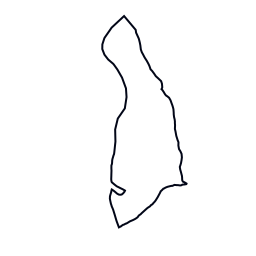 the district of Massacre, Anse-la-Raye, Saint Lucia, rotated 224°
{"feature_id": "8701671B60259256363554", "entity_name": "Massacre", "entity_type": "district", "adm_level": 2, "iso_a3": "LCA", "parent_name": "Saint Lucia", "parent_adm1": "Anse-la-Raye", "projection": "albers", "projection_center": [-61.037, 13.949], "detail": "fine", "context": "isolated", "style": "outline", "palette": "ink", "viewbox_px": 256, "rotation_deg": 224, "n_neighbors": 0, "source": "geoboundaries", "source_scale": "gbopen_adm2", "svg_char_len": 2721}
<svg xmlns="http://www.w3.org/2000/svg" viewBox="0 0 256 256"><g transform="rotate(224 128 128)"><path d="M208.6,205.8L209.5,188.8L209.1,186.5L207.6,177.1L207.4,176.2L204.5,170.3L201.3,166.9L195.9,164.4L189.8,163.5L183.2,163.9L182.3,163.8L176.3,162.7L167.3,160.1L157.0,155.1L150.5,149.2L143.9,139.9L141.9,127.7L136.2,118.0L127.6,109.5L120.9,100.9L119.9,99.5L119.3,98.0L119.0,97.5L117.6,94.8L116.7,93.5L115.6,92.3L114.6,91.0L113.9,89.5L111.9,87.4L110.2,85.8L108.4,83.8L106.3,81.5L104.5,79.5L103.8,78.9L102.9,78.2L101.9,77.7L100.9,77.8L99.1,77.9L96.9,78.1L95.4,78.3L93.9,78.8L91.9,79.4L89.1,80.3L86.7,80.9L86.3,79.9L86.1,77.7L86.2,76.8L86.3,75.8L87.2,74.6L87.5,74.4L88.2,73.8L89.5,73.4L90.4,73.2L92.6,73.1L93.9,73.0L94.8,72.9L95.9,72.7L96.7,72.6L97.0,72.5L96.5,71.6L96.0,70.8L95.5,70.1L94.8,68.7L93.8,66.8L93.5,66.3L92.5,65.2L92.0,64.6L90.6,63.6L87.6,61.6L86.2,60.9L85.2,60.3L83.7,59.7L81.9,58.9L80.1,57.9L77.0,56.2L74.2,54.6L72.6,53.7L71.9,53.3L70.9,52.8L65.5,50.2L64.7,52.5L64.7,53.1L64.3,54.9L63.8,55.7L63.2,57.7L62.9,58.0L62.8,58.4L62.6,58.8L61.8,62.1L60.4,65.4L59.6,67.8L59.2,69.8L59.1,70.6L59.3,71.6L59.4,72.8L59.0,74.7L59.0,76.2L58.9,77.6L58.5,83.5L58.3,84.8L57.8,86.8L57.8,87.6L57.9,88.0L57.8,88.9L57.5,89.8L57.5,91.0L57.6,91.4L57.6,93.3L57.7,94.5L57.9,95.6L58.6,98.9L59.0,100.3L59.7,102.8L60.1,104.2L60.5,105.0L60.4,107.0L60.4,109.0L60.1,109.4L59.6,111.2L58.8,113.0L58.2,114.0L57.2,115.6L56.2,117.0L55.8,117.3L55.1,119.3L54.7,119.6L54.4,119.8L53.9,120.3L53.4,120.6L52.7,121.3L52.0,121.9L51.1,122.5L50.2,123.3L49.7,124.2L49.6,124.9L49.4,125.2L47.9,126.9L47.6,127.4L47.2,127.9L46.8,128.7L46.5,128.9L47.6,128.6L47.8,128.6L49.9,128.1L51.0,127.6L52.4,127.9L53.5,128.8L54.4,129.7L55.9,131.0L58.7,132.7L59.0,132.9L61.6,134.4L63.7,136.0L64.1,136.8L64.3,137.3L65.5,139.6L67.1,142.0L68.8,144.3L71.5,146.6L74.0,147.6L76.7,148.3L79.6,150.4L81.7,152.7L82.2,153.0L84.0,153.8L85.6,154.7L87.8,155.9L90.3,157.7L91.7,158.7L93.6,159.9L95.2,161.7L96.0,162.6L96.2,162.8L97.8,164.2L98.6,165.1L100.3,166.5L102.5,167.9L104.6,169.6L105.7,170.7L106.7,171.6L108.4,173.1L110.0,174.1L112.0,175.2L113.9,176.1L116.5,177.4L116.8,177.5L117.1,177.6L119.5,178.3L120.5,178.2L121.7,178.1L123.2,177.8L124.8,178.0L126.3,178.4L126.9,178.6L129.6,179.2L130.9,179.2L131.2,180.2L131.5,180.9L132.1,181.5L134.4,183.5L135.2,183.9L136.7,184.7L139.9,184.7L140.8,184.7L144.0,184.6L147.2,185.3L148.5,185.5L150.1,185.8L152.6,185.9L153.9,186.6L155.7,187.5L157.5,188.2L158.1,188.4L158.7,188.6L161.3,189.4L162.2,189.6L165.1,190.3L167.5,191.1L168.3,191.4L168.7,191.5L170.7,192.1L171.1,192.3L173.3,193.4L176.5,196.0L179.1,197.8L181.5,199.3L182.0,199.6L182.6,199.9L188.4,202.2L190.6,203.9L191.3,204.0L208.6,205.8Z" fill="none" stroke="#020617" stroke-width="2"/></g></svg>